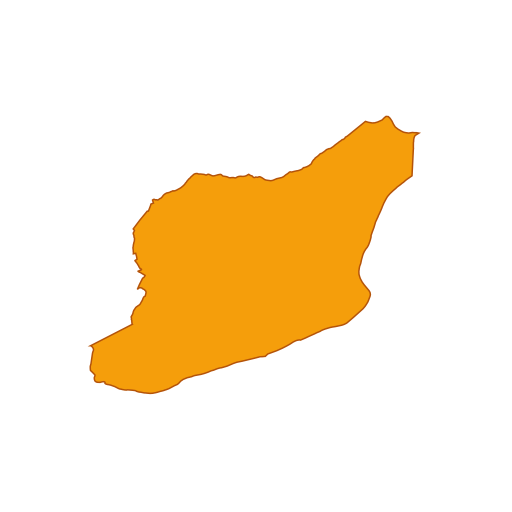 outline of San Eduardo, Boyacá, Colombia, rotated 48°
{"feature_id": "7082276B69252308572734", "entity_name": "San Eduardo", "entity_type": "district", "adm_level": 2, "iso_a3": "COL", "parent_name": "Colombia", "parent_adm1": "Boyacá", "projection": "equal_earth", "projection_center": [-73.043, 5.237], "detail": "fine", "context": "isolated", "style": "filled", "palette": "amber", "viewbox_px": 512, "rotation_deg": 48, "n_neighbors": 0, "source": "geoboundaries", "source_scale": "gbopen_adm2", "svg_char_len": 6109}
<svg xmlns="http://www.w3.org/2000/svg" viewBox="0 0 512 512"><g transform="rotate(48 256 256)"><path d="M336.8,316.3L336.7,312.8L340.3,303.8L342.1,298.2L343.3,293.7L344.2,289.8L344.8,285.9L345.6,283.1L346.2,281.8L346.6,281.1L347.5,279.8L348.2,279.3L348.4,278.8L350.0,274.2L351.0,270.8L353.1,264.3L353.7,262.1L354.9,258.8L355.0,257.9L355.5,256.1L356.5,253.5L358.6,249.0L359.8,246.9L361.7,244.0L364.8,238.6L365.7,236.5L366.3,234.5L366.5,233.6L366.6,232.6L366.8,224.6L366.8,219.8L366.8,218.4L366.8,215.3L366.8,214.0L366.8,211.8L366.4,208.8L365.9,206.7L365.0,203.7L364.0,201.6L362.3,198.3L361.3,196.9L360.0,196.0L359.2,195.6L357.4,195.2L349.6,194.9L346.1,194.5L342.6,193.6L340.7,192.8L338.5,191.7L336.2,189.8L334.5,187.8L334.0,187.2L332.9,185.7L331.9,183.7L331.4,182.9L329.3,180.0L327.0,176.4L326.1,174.8L325.1,172.4L324.3,169.7L324.0,167.7L323.7,166.7L323.2,165.2L322.7,164.2L321.6,162.1L320.5,160.2L318.8,157.7L317.9,157.0L316.2,154.0L313.8,149.4L311.9,146.3L311.4,145.5L310.7,144.4L309.7,141.9L309.2,141.0L308.9,140.0L307.7,137.6L307.3,136.5L306.9,135.6L306.0,133.5L304.7,130.7L303.9,129.2L302.1,125.3L301.8,124.4L300.8,121.7L300.1,119.6L299.8,118.5L299.5,116.4L299.3,114.7L299.2,110.7L299.2,110.0L299.3,107.0L299.2,105.0L299.3,103.7L299.6,101.1L299.7,98.4L299.9,97.2L299.9,94.2L300.1,91.9L300.7,87.2L300.8,86.4L282.4,68.1L281.3,66.9L280.6,66.4L277.0,63.1L276.6,62.5L275.0,60.9L273.8,59.3L272.9,57.2L273.7,52.7L273.2,53.1L271.9,54.1L270.3,55.8L268.8,57.2L266.8,60.3L264.5,62.2L262.7,63.5L260.2,64.5L256.7,65.6L253.2,66.2L249.8,65.6L246.8,64.7L243.3,64.2L240.9,64.4L239.3,65.9L239.1,67.9L239.3,71.3L237.8,76.0L236.4,78.8L234.8,80.7L231.7,83.1L229.2,84.6L228.0,108.1L227.7,109.2L227.5,110.0L227.9,111.3L227.9,112.3L227.7,113.4L227.2,113.9L227.1,116.0L226.8,118.0L226.8,119.0L226.4,122.8L226.4,124.4L226.3,126.2L226.1,127.0L226.0,128.1L225.7,129.1L225.0,130.0L224.1,132.5L224.1,134.3L224.0,135.8L223.6,138.6L223.0,139.7L223.0,140.8L223.1,141.8L223.1,143.5L222.9,145.2L222.8,146.7L223.1,147.3L223.1,148.9L223.4,150.4L223.7,151.4L224.5,153.3L224.4,154.5L224.3,156.1L223.7,158.4L223.0,160.1L222.6,160.9L222.2,161.4L222.1,162.4L222.2,164.0L221.6,165.6L220.8,167.5L220.0,168.7L218.5,171.3L217.5,173.3L216.3,174.3L216.0,175.2L216.0,177.0L215.6,179.5L215.5,182.2L215.0,184.2L212.4,188.9L211.1,192.7L210.0,194.6L206.7,197.4L205.3,198.3L201.8,199.2L200.2,199.8L199.3,200.5L198.8,201.5L198.6,202.2L197.1,203.4L196.8,204.5L196.2,205.1L195.7,205.3L194.0,205.3L192.6,206.1L191.2,206.6L190.8,206.6L190.4,206.8L190.2,207.6L190.0,208.7L189.7,209.9L189.1,211.1L188.4,212.1L187.4,213.2L186.5,214.0L185.8,214.9L185.1,216.0L184.6,217.5L184.5,218.4L184.2,219.1L183.6,219.6L182.7,220.2L181.6,221.4L180.4,223.1L179.6,223.7L178.0,224.4L176.9,225.1L174.6,227.0L173.5,227.3L172.6,227.3L171.8,227.6L171.2,228.3L170.3,229.7L168.8,232.8L168.1,233.9L167.2,234.8L164.5,236.0L163.7,236.4L163.1,237.0L162.5,238.9L162.1,239.2L161.2,239.6L160.4,240.2L157.9,242.4L156.8,243.7L155.2,244.6L154.2,246.0L153.7,247.5L153.7,251.8L153.9,253.0L153.8,254.3L154.2,257.3L154.6,258.6L154.6,259.7L155.0,260.9L155.1,263.2L155.0,266.1L154.7,267.6L154.3,269.2L153.8,271.3L153.2,272.7L152.6,273.7L152.0,274.0L151.4,275.9L151.1,276.4L151.0,277.2L150.3,278.7L149.3,280.4L149.2,281.1L148.9,282.5L148.9,284.2L149.3,286.2L149.4,287.5L149.3,288.2L149.0,289.3L148.9,290.7L148.6,291.6L147.6,292.3L146.9,293.2L145.8,293.7L145.3,294.4L145.2,295.5L148.1,296.8L147.1,299.3L148.1,300.9L150.6,305.8L150.6,306.1L150.2,306.7L149.9,306.8L151.6,318.2L153.7,329.1L153.9,329.2L155.6,329.2L155.8,329.3L156.6,331.2L156.7,331.7L156.9,332.0L157.4,332.2L157.7,332.5L158.1,332.7L158.6,332.8L159.1,333.0L160.3,334.0L161.4,334.3L161.8,334.7L162.1,334.9L162.7,335.6L163.6,336.5L164.2,337.6L165.9,340.0L166.4,340.4L167.5,341.9L169.7,343.5L170.4,344.1L171.2,344.6L172.3,345.7L173.5,343.6L176.3,345.0L178.8,346.6L178.5,348.4L178.4,348.9L178.5,349.1L179.7,349.2L180.5,349.2L180.9,349.3L182.0,349.3L183.1,349.6L185.0,349.9L185.6,350.2L187.6,350.5L188.1,350.2L188.5,350.2L189.2,350.0L189.4,350.1L189.5,350.3L189.5,350.8L189.1,351.8L188.9,352.1L188.9,352.5L188.5,353.4L188.4,353.8L188.6,353.9L190.0,353.5L190.5,353.1L196.2,351.4L196.6,352.3L196.9,353.5L196.7,354.5L196.7,355.2L196.9,355.9L197.1,356.3L199.2,361.7L201.4,366.5L201.5,364.4L201.6,363.9L202.7,362.7L203.4,362.3L204.5,362.2L205.3,361.8L206.6,361.4L207.4,361.5L208.3,361.4L209.1,361.8L209.9,362.5L210.8,363.9L211.7,365.1L211.5,365.6L211.4,366.2L211.4,366.7L211.5,367.3L212.0,368.5L212.8,370.0L214.1,374.0L214.3,374.9L214.2,376.0L214.0,377.1L214.0,377.9L213.8,378.6L213.8,379.9L214.5,382.4L214.5,382.7L214.8,383.5L215.2,384.3L216.4,386.1L216.9,387.2L217.6,389.4L217.9,389.7L218.9,390.1L219.2,390.5L219.7,391.0L221.0,391.6L221.9,392.4L222.1,392.5L223.0,393.2L223.3,393.3L223.7,393.6L224.0,393.6L212.0,439.0L212.2,438.8L212.5,438.7L214.1,438.5L214.8,438.6L215.8,438.8L216.5,439.1L216.9,439.5L217.6,440.3L218.1,441.4L218.8,442.5L225.7,450.8L227.0,452.9L228.3,454.1L229.7,455.2L230.1,455.5L230.7,455.6L231.0,455.5L234.7,455.3L236.6,455.3L236.8,455.4L237.3,455.9L238.2,457.6L239.3,458.5L240.5,459.1L241.4,459.3L241.8,459.3L243.1,458.8L244.1,458.0L245.6,456.4L246.4,454.8L246.9,454.0L247.4,453.4L248.3,452.7L249.1,452.9L249.5,453.4L250.2,453.4L251.1,453.0L252.3,452.2L253.0,451.6L254.7,450.4L258.6,448.3L262.3,446.9L263.4,446.4L264.0,446.0L264.6,445.4L265.6,444.8L267.9,443.0L268.9,442.0L269.6,440.9L273.0,437.7L275.1,435.9L275.4,435.7L276.8,435.2L278.6,434.1L279.2,433.6L279.8,433.0L282.9,430.7L283.7,429.9L287.2,426.7L288.8,424.7L289.3,423.9L289.7,423.2L290.4,422.1L291.2,420.6L292.6,417.6L293.4,416.2L293.7,415.6L294.3,414.4L294.8,413.0L295.0,412.8L296.3,409.5L297.8,403.4L298.8,400.4L298.9,398.8L298.6,395.6L298.9,393.3L298.9,392.9L299.5,391.2L300.4,388.6L302.6,384.6L303.3,382.6L303.9,381.4L305.6,378.6L307.1,376.2L308.8,372.8L310.3,369.2L311.2,366.4L312.5,363.8L313.7,360.5L314.5,358.8L315.0,357.8L316.0,356.3L316.5,355.3L317.7,352.8L318.5,351.1L320.7,344.7L321.4,343.0L322.2,341.2L324.8,336.8L327.3,332.2L330.4,326.5L332.7,322.1L333.5,320.5L335.4,318.2L336.3,316.9L336.8,316.3Z" fill="#f59e0b" stroke="#b45309" stroke-width="1.5"/></g></svg>